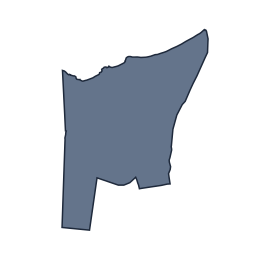 Faasaleleaga III, Fa'asaleleaga, Samoa (Albers equal-area conic projection), rotated 276°
{"feature_id": "51752279B1430525557017", "entity_name": "Faasaleleaga III", "entity_type": "district", "adm_level": 2, "iso_a3": "WSM", "parent_name": "Samoa", "parent_adm1": "Fa'asaleleaga", "projection": "albers", "projection_center": [-172.2, -13.646], "detail": "fine", "context": "isolated", "style": "filled", "palette": "slate", "viewbox_px": 256, "rotation_deg": 276, "n_neighbors": 0, "source": "geoboundaries", "source_scale": "gbopen_adm2", "svg_char_len": 1617}
<svg xmlns="http://www.w3.org/2000/svg" viewBox="0 0 256 256"><g transform="rotate(276 128 128)"><path d="M233.8,193.6L230.8,190.9L229.4,189.4L228.2,187.6L224.5,182.9L223.1,180.8L220.1,176.4L217.1,172.5L214.3,168.2L211.3,163.0L209.7,160.6L208.1,158.1L206.9,155.6L205.8,153.0L204.2,149.6L203.8,147.4L202.4,144.4L201.8,143.2L200.7,139.9L200.3,138.5L199.5,133.4L199.6,130.3L199.0,125.0L199.3,123.0L199.2,121.4L198.6,120.0L197.5,118.9L195.5,118.5L194.2,118.0L193.8,118.3L192.3,117.2L190.1,113.8L188.8,111.8L188.1,110.2L186.5,105.9L186.7,103.8L187.3,103.1L187.4,102.4L186.6,102.3L185.8,100.8L186.2,100.6L186.3,99.1L185.9,97.9L184.8,97.2L184.3,96.2L183.3,95.7L182.1,96.2L180.8,95.5L180.1,94.0L179.0,93.9L178.2,93.5L176.9,91.5L176.1,90.2L174.2,87.8L171.3,82.0L170.8,80.5L169.9,78.3L169.9,77.6L170.7,75.3L171.2,75.2L171.0,73.7L171.1,72.1L171.8,71.3L173.4,70.8L174.2,69.4L174.1,68.5L174.5,65.5L174.9,65.4L175.2,64.1L174.7,63.7L175.3,62.3L177.2,60.1L178.0,58.8L178.4,56.8L177.9,56.9L135.0,63.6L118.6,66.1L118.5,66.9L116.6,66.6L114.9,66.7L111.5,66.3L109.9,66.6L22.2,72.8L22.3,88.0L22.4,100.4L75.2,102.4L70.2,124.3L70.8,129.9L73.8,135.5L79.8,140.8L77.1,142.3L74.4,143.4L72.5,144.4L68.8,145.7L69.5,148.1L72.2,158.5L73.0,161.7L74.4,167.1L76.3,172.8L76.8,175.7L83.6,173.9L86.9,173.1L91.1,174.3L94.0,174.4L98.3,172.7L100.4,172.3L102.9,172.8L110.5,173.7L111.6,173.6L114.0,172.9L115.2,173.0L131.5,172.8L146.0,175.2L157.0,179.5L160.5,182.1L172.4,185.8L178.9,188.0L187.0,191.1L205.3,197.1L211.4,199.2L221.5,198.5L225.0,198.3L232.5,195.9L233.6,195.0L233.1,194.4L233.8,193.6Z" fill="#64748b" stroke="#1e293b" stroke-width="1.5"/></g></svg>